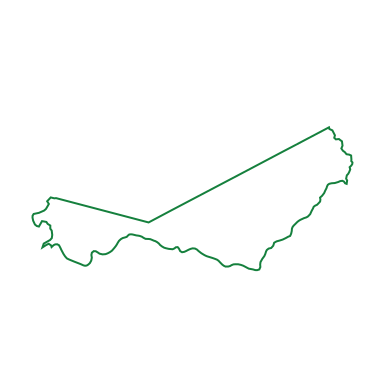 Aragarças, Goiás, Brazil (Albers equal-area conic projection), rotated 197°
{"feature_id": "56859067B18880628968559", "entity_name": "Aragarças", "entity_type": "district", "adm_level": 2, "iso_a3": "BRA", "parent_name": "Brazil", "parent_adm1": "Goiás", "projection": "albers", "projection_center": [-52.131, -15.989], "detail": "fine", "context": "isolated", "style": "outline", "palette": "green", "viewbox_px": 384, "rotation_deg": 197, "n_neighbors": 0, "source": "geoboundaries", "source_scale": "gbopen_adm2", "svg_char_len": 2853}
<svg xmlns="http://www.w3.org/2000/svg" viewBox="0 0 384 384"><g transform="rotate(197 192 192)"><path d="M259.3,106.2L256.5,107.3L254.7,108.7L253.0,110.4L251.5,112.3L250.7,114.0L249.8,116.1L249.0,118.2L248.5,120.0L248.1,121.9L247.5,124.0L246.2,126.2L244.8,127.7L242.9,128.9L241.3,130.0L240.6,131.5L239.6,133.0L238.0,133.7L236.4,134.0L234.6,134.1L232.6,134.2L230.9,134.5L229.3,134.7L226.9,134.6L224.9,134.0L222.7,133.6L220.2,134.3L218.1,134.7L215.9,134.5L214.3,134.3L212.7,134.3L210.5,133.8L208.5,133.0L207.2,132.1L204.9,131.2L202.4,130.6L200.5,130.6L197.7,130.8L195.7,131.2L193.8,131.6L192.3,132.9L191.3,134.4L189.6,135.1L188.0,134.1L186.0,132.0L183.9,131.5L181.9,132.5L180.4,133.8L179.2,135.0L177.9,136.2L176.7,137.2L174.9,138.3L172.6,138.8L170.4,138.4L168.6,137.5L165.2,136.2L162.5,135.5L160.6,135.1L158.8,134.9L156.5,134.9L153.5,134.9L150.8,134.8L148.3,134.6L146.5,134.0L144.4,132.8L141.8,131.4L139.8,130.7L138.1,130.5L135.6,131.3L134.0,132.3L132.7,133.7L131.2,134.9L129.1,135.7L126.6,136.4L124.1,136.6L121.6,136.5L119.4,136.1L117.4,135.7L115.3,135.3L111.0,135.8L108.7,135.8L106.7,136.4L105.0,137.6L104.7,140.2L105.6,142.6L106.0,145.0L105.2,148.7L104.1,151.8L103.8,154.1L103.8,156.8L103.5,158.4L102.2,160.3L99.9,161.6L98.6,164.4L98.6,167.5L96.7,169.5L94.0,171.2L91.4,173.0L88.8,175.4L87.1,177.2L85.3,178.7L85.0,181.2L85.2,183.8L85.7,186.1L85.6,187.8L85.0,189.5L83.8,191.7L82.6,194.0L81.6,195.5L80.3,197.0L77.3,199.7L75.3,201.1L74.1,202.3L73.3,203.8L72.5,205.4L72.3,207.1L72.0,209.2L71.5,211.5L71.3,213.5L70.2,215.0L68.7,216.3L67.7,218.2L66.7,220.3L67.0,222.3L67.9,224.1L66.5,226.4L65.3,229.6L65.0,232.3L64.5,234.9L64.5,236.8L64.2,238.6L63.1,240.0L61.0,241.2L58.1,242.3L56.6,243.3L55.1,244.3L53.5,245.7L51.5,246.7L49.7,246.4L48.1,245.1L46.5,245.0L47.0,248.4L48.5,249.8L48.8,253.2L47.9,255.1L47.5,257.2L47.3,259.9L48.5,261.8L47.4,263.8L46.9,265.6L47.2,267.2L48.7,268.1L49.1,269.8L49.8,271.6L50.5,273.4L52.5,273.7L55.3,273.3L57.5,274.8L59.8,275.6L61.9,277.3L61.6,280.3L63.4,284.3L65.1,284.9L67.0,285.6L69.8,284.4L71.8,285.4L71.9,288.0L75.8,292.0L79.0,292.4L79.9,293.9L110.0,264.0L115.6,258.5L151.2,223.1L206.4,168.4L224.6,150.2L320.2,146.4L321.8,145.7L325.5,145.5L327.8,140.8L325.4,138.7L326.0,136.0L326.7,133.1L328.0,131.0L332.3,127.3L337.0,124.7L337.5,122.7L337.0,120.8L335.5,118.1L332.7,115.0L330.5,114.1L328.3,114.2L326.9,120.3L322.5,120.8L320.7,119.3L317.7,118.5L316.8,115.5L314.9,114.1L313.1,110.1L312.6,106.9L313.7,104.6L318.7,99.3L318.8,95.3L316.1,98.5L313.9,100.6L311.1,99.7L310.2,98.3L308.8,100.7L307.5,101.9L305.6,102.6L303.6,102.2L301.7,100.3L299.8,98.2L296.7,95.1L294.5,93.3L292.2,91.9L289.7,91.5L284.3,91.0L277.5,90.5L274.4,90.1L272.7,90.2L271.2,90.9L270.1,92.1L268.9,94.1L268.3,96.9L268.6,99.9L269.8,102.4L270.0,104.7L268.7,106.7L266.7,107.2L264.6,106.7L262.4,106.0L259.3,106.2Z" fill="none" stroke="#15803d" stroke-width="2"/></g></svg>